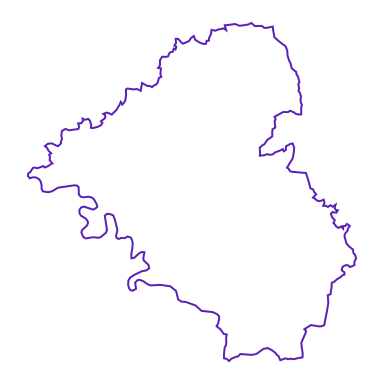 the district of Manoel Viana, Rio Grande do Sul, Brazil
{"feature_id": "56859067B66108959804614", "entity_name": "Manoel Viana", "entity_type": "district", "adm_level": 2, "iso_a3": "BRA", "parent_name": "Brazil", "parent_adm1": "Rio Grande do Sul", "projection": "albers", "projection_center": [-55.572, -29.43], "detail": "fine", "context": "isolated", "style": "outline", "palette": "violet", "viewbox_px": 384, "rotation_deg": 0, "n_neighbors": 0, "source": "geoboundaries", "source_scale": "gbopen_adm2", "svg_char_len": 4722}
<svg xmlns="http://www.w3.org/2000/svg" viewBox="0 0 384 384"><path d="M324.2,325.3L327.4,308.7L328.3,302.9L327.8,295.2L330.5,294.2L331.6,286.9L331.8,282.8L333.9,282.0L337.1,279.2L339.9,277.6L342.6,275.3L344.4,274.7L344.5,272.4L341.7,270.2L342.2,267.6L343.7,266.0L346.5,265.0L348.3,265.5L350.0,267.0L351.7,266.4L354.5,265.1L354.3,262.0L356.1,258.4L355.2,255.1L353.4,253.0L353.0,249.6L348.9,246.3L346.2,243.0L345.5,239.9L344.6,237.1L344.7,234.2L347.6,230.6L348.0,228.5L349.8,225.9L346.9,223.9L345.1,226.1L343.0,226.1L343.1,228.6L341.1,226.5L338.4,228.0L336.1,226.4L334.8,224.3L333.4,222.9L334.8,220.2L332.0,217.1L330.9,213.8L332.3,212.1L336.3,212.7L337.8,210.3L335.8,209.9L334.6,207.8L335.6,204.7L332.5,206.7L330.4,205.2L327.9,207.0L326.2,205.9L323.2,205.8L324.5,202.9L323.7,199.7L319.7,201.2L316.9,200.5L314.9,198.6L313.0,197.6L316.2,194.2L314.1,191.9L313.1,189.4L310.4,188.3L308.8,181.9L307.5,177.8L306.0,172.9L299.6,172.5L291.6,171.7L289.8,170.9L288.6,168.6L287.0,167.7L292.3,159.0L293.0,157.1L294.0,151.1L294.2,147.6L292.6,143.4L289.8,144.2L286.1,146.2L285.8,150.1L283.7,151.3L282.9,149.1L279.5,150.8L274.8,152.5L272.9,154.3L270.4,154.8L266.8,154.2L264.1,155.3L259.8,155.7L260.1,152.7L259.7,147.8L262.3,145.3L264.3,144.3L267.3,139.9L272.3,136.4L272.2,132.3L272.5,129.3L275.3,127.5L274.6,121.2L275.6,119.3L274.5,116.8L281.2,113.1L283.3,112.0L288.0,112.1L290.0,110.8L293.9,112.3L295.3,113.6L298.1,114.5L301.2,114.4L301.2,107.9L301.9,104.7L300.9,102.9L300.5,99.9L301.0,96.3L299.9,92.8L298.5,90.9L299.1,88.2L298.3,84.2L299.4,82.2L298.1,77.0L296.6,74.4L296.1,71.8L293.6,70.0L291.6,68.0L290.6,63.4L289.1,60.6L287.5,55.4L287.3,50.7L285.6,46.3L279.2,41.5L274.4,37.2L273.3,31.1L272.8,26.6L265.8,28.0L263.9,27.6L261.7,25.9L254.9,26.1L251.3,23.0L248.3,24.5L240.8,25.7L238.9,25.6L235.2,24.0L227.9,25.0L224.8,25.3L226.1,30.1L223.8,28.4L221.2,28.9L217.8,29.6L215.5,30.7L211.5,29.9L211.0,34.2L209.0,38.1L209.0,40.6L206.7,40.8L205.9,43.8L203.0,43.9L199.0,42.2L195.2,39.8L193.8,36.0L190.8,38.3L189.1,41.0L185.6,42.6L182.9,43.7L181.1,42.2L178.2,38.9L175.7,38.8L176.0,43.0L174.4,45.6L176.3,46.6L175.5,49.5L173.7,48.6L172.9,51.7L170.9,52.0L169.1,53.5L168.2,56.3L166.0,56.9L162.2,56.7L160.0,60.2L159.9,65.5L158.2,67.9L160.9,68.3L160.4,74.2L161.3,76.9L159.0,77.8L157.6,82.7L155.6,85.0L153.9,85.4L152.0,87.2L150.0,86.0L147.4,86.0L142.0,83.0L141.2,87.7L140.7,90.8L136.9,89.0L133.9,89.4L130.0,88.9L127.6,88.5L125.9,89.5L126.1,95.4L125.7,97.8L125.1,101.1L122.3,104.6L120.8,101.9L119.5,104.8L116.5,109.9L111.7,114.6L109.0,113.2L106.6,112.6L103.3,113.9L105.2,115.2L105.2,118.0L100.9,121.3L102.4,122.8L100.9,125.3L97.5,126.9L92.9,128.1L90.9,127.8L91.2,125.2L90.0,120.8L88.2,118.9L85.0,119.8L82.6,118.6L83.0,120.9L81.3,123.2L78.1,123.4L79.2,126.8L78.3,129.0L69.0,130.3L65.5,128.9L62.0,130.9L61.3,135.4L62.0,139.1L61.1,141.0L60.9,143.5L57.9,146.3L51.8,143.4L48.0,143.7L44.9,146.1L47.2,148.1L48.7,151.0L51.2,153.4L49.2,154.8L50.0,157.0L49.6,160.1L52.4,163.5L50.4,164.4L48.6,165.9L44.9,167.5L43.4,166.1L41.4,166.8L37.0,168.3L34.8,167.5L32.9,168.0L30.2,172.2L28.3,173.4L27.9,175.9L29.8,178.3L32.6,177.3L35.5,177.3L38.6,178.8L40.5,181.0L41.6,185.3L41.6,188.8L42.9,191.4L48.2,192.2L52.1,191.3L58.0,187.7L74.3,185.3L77.0,185.6L78.6,187.1L78.9,194.6L80.8,196.7L83.6,197.3L88.7,196.7L91.8,197.6L93.8,199.1L96.5,203.8L97.3,206.8L95.6,208.4L93.1,209.6L83.8,206.6L81.2,207.4L79.4,209.9L79.5,213.3L81.0,215.7L85.3,218.3L87.3,220.5L88.1,222.8L87.0,225.5L81.9,230.3L81.4,232.5L83.2,236.9L85.8,238.4L93.3,237.2L98.5,237.8L100.8,237.0L105.8,232.9L107.0,230.0L104.8,215.9L106.5,214.0L109.3,213.9L113.2,215.3L115.0,220.1L117.4,229.9L116.0,236.3L117.0,238.3L119.0,238.9L121.0,238.0L124.8,238.1L127.7,236.5L130.8,237.6L132.1,240.2L132.7,243.2L132.4,247.9L131.3,254.2L131.4,258.2L134.3,257.8L138.9,253.5L141.8,252.0L144.4,252.2L143.3,258.4L143.8,260.5L148.3,264.7L149.3,268.1L146.4,270.4L141.9,271.2L135.4,274.3L130.2,277.5L128.4,280.5L128.1,284.6L129.2,288.6L130.6,290.2L132.8,290.7L136.0,288.9L135.2,282.5L137.6,280.1L139.8,279.9L143.3,281.2L147.6,284.2L150.5,285.4L160.5,284.9L170.3,286.3L176.1,291.0L178.2,299.5L181.5,301.6L185.8,302.0L195.6,305.5L201.6,310.9L212.7,312.1L217.1,314.2L219.1,316.2L219.1,319.2L217.9,324.1L216.6,326.2L220.8,329.7L223.7,333.9L226.7,334.5L226.1,338.1L226.3,342.6L225.9,345.4L224.7,347.3L224.0,354.4L224.0,358.2L226.7,359.0L229.2,361.0L231.1,358.9L234.1,357.5L238.3,356.2L240.3,354.0L251.9,354.9L256.5,353.9L263.6,348.8L267.9,348.1L272.2,350.4L275.6,353.1L276.7,354.8L278.6,356.1L280.3,360.2L285.6,358.3L287.9,359.2L290.3,358.7L294.2,359.2L296.7,358.4L302.5,357.4L302.7,353.5L301.8,347.8L301.3,343.0L303.9,336.7L305.5,333.3L306.0,330.9L304.4,329.2L310.9,325.1L320.0,326.5L324.2,325.3Z" fill="none" stroke="#5b21b6" stroke-width="2"/></svg>